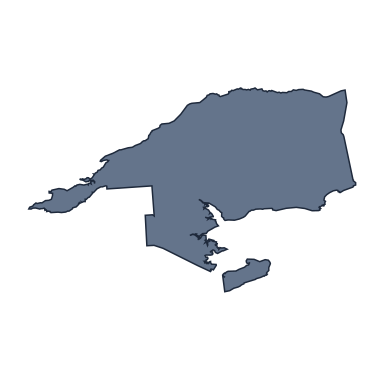 Kati, Zanzibar South and Central, United Republic of Tanzania, rotated 87°
{"feature_id": "72390352B68738670078554", "entity_name": "Kati", "entity_type": "district", "adm_level": 2, "iso_a3": "TZA", "parent_name": "United Republic of Tanzania", "parent_adm1": "Zanzibar South and Central", "projection": "robinson", "projection_center": [39.392, -6.207], "detail": "fine", "context": "isolated", "style": "filled", "palette": "slate", "viewbox_px": 384, "rotation_deg": 87, "n_neighbors": 0, "source": "geoboundaries", "source_scale": "gbopen_adm2", "svg_char_len": 6044}
<svg xmlns="http://www.w3.org/2000/svg" viewBox="0 0 384 384"><g transform="rotate(87 192 192)"><path d="M98.2,33.8L98.8,37.8L103.8,50.7L104.2,53.1L103.8,56.0L100.6,59.5L98.7,65.2L97.5,67.5L96.0,74.3L95.3,75.6L95.3,80.1L96.0,82.6L95.3,85.5L96.8,87.5L96.7,90.2L97.8,92.1L97.3,96.5L97.8,98.1L96.9,99.7L97.2,101.5L94.8,107.1L95.5,107.9L94.9,109.0L95.0,110.3L96.0,111.7L94.9,112.8L95.1,114.3L94.5,116.0L92.7,116.8L93.4,121.3L91.4,123.6L92.0,125.2L92.3,127.8L93.3,128.5L92.5,130.3L92.9,132.2L92.4,133.5L92.3,135.8L91.7,136.5L91.6,137.5L91.0,137.3L90.7,138.1L91.8,140.5L91.4,141.4L92.9,145.6L92.5,147.0L93.8,148.3L93.5,148.8L94.2,149.6L94.0,150.0L95.2,150.0L96.1,150.8L98.2,158.8L97.7,159.7L96.6,160.0L96.2,161.4L95.3,162.1L95.5,163.6L94.7,165.8L94.9,168.8L95.9,170.0L96.3,171.8L98.1,172.7L103.1,179.5L103.4,187.5L103.9,189.6L105.2,192.1L113.8,199.2L120.1,206.1L122.2,211.3L122.5,218.6L123.8,220.4L125.6,220.8L126.5,222.2L128.7,228.7L129.5,228.8L130.1,229.8L132.6,231.3L133.2,232.2L136.4,232.9L138.4,236.2L138.3,237.3L139.0,238.8L140.9,240.9L142.6,246.2L144.2,249.2L144.5,253.4L146.2,260.8L146.1,262.2L149.1,268.7L151.7,276.7L155.5,281.6L156.5,282.0L156.9,280.9L155.9,278.9L155.4,275.3L156.1,274.6L156.2,273.6L157.3,274.4L158.4,276.5L162.6,279.3L163.4,281.0L165.1,282.5L165.5,284.7L167.2,285.6L168.1,287.6L169.1,288.3L168.9,289.2L169.6,288.7L172.7,291.0L173.9,293.3L172.4,294.5L172.2,296.0L173.2,297.1L173.7,298.9L173.1,300.9L173.7,302.0L173.2,302.8L173.4,303.1L173.9,302.8L174.5,300.2L176.3,297.5L175.9,294.7L175.2,294.0L175.1,289.9L176.7,288.6L178.5,288.9L177.0,289.0L175.6,290.0L176.7,292.8L178.6,292.3L177.9,293.3L178.1,294.8L179.5,295.3L178.7,296.0L179.4,299.6L178.5,303.6L179.0,306.6L180.2,307.8L179.7,308.5L181.1,310.5L184.2,316.7L182.6,319.4L181.6,324.7L182.8,331.8L184.2,332.7L183.9,334.7L185.5,334.7L186.0,331.3L188.4,331.5L191.9,332.8L192.8,335.3L192.9,338.8L195.0,342.4L194.8,343.9L195.4,347.3L194.8,348.4L196.5,350.8L197.7,351.7L198.7,354.9L200.4,355.9L200.6,353.5L199.8,351.8L199.8,349.0L201.1,344.8L200.7,344.1L200.8,342.4L200.4,340.5L201.4,339.5L201.7,340.0L202.6,339.8L202.2,338.6L203.1,337.9L203.9,338.1L203.6,335.9L204.3,335.1L204.1,334.7L205.2,334.0L205.1,326.8L205.7,323.5L205.4,319.1L204.5,317.0L204.7,315.9L202.6,312.4L201.5,311.8L200.8,308.4L198.3,305.7L197.7,305.3L197.5,305.7L196.7,305.1L197.4,304.6L196.7,302.9L196.2,303.0L196.6,302.5L195.9,300.6L196.0,299.2L193.6,299.0L193.9,298.0L192.0,295.9L191.8,294.8L187.9,291.2L187.1,291.5L187.2,290.2L183.8,286.6L182.1,282.9L182.2,281.2L181.3,278.0L181.7,276.8L184.5,276.8L183.8,231.7L214.0,231.0L212.7,232.6L212.8,239.9L243.3,239.9L243.3,232.7L246.7,223.9L265.7,190.3L272.4,177.7L271.5,177.0L271.0,177.7L270.1,177.3L270.1,176.1L270.9,174.7L266.5,171.6L265.6,171.7L265.1,176.3L263.8,176.9L263.6,177.7L263.4,177.2L262.3,177.1L262.4,177.9L263.2,178.8L264.9,179.9L264.2,179.6L264.3,181.6L263.7,179.7L262.9,180.0L263.6,182.8L262.7,183.1L262.5,181.7L261.8,182.9L261.7,181.5L260.2,181.3L260.3,180.2L259.0,179.5L257.9,180.0L257.9,181.5L256.1,182.3L255.7,181.1L256.0,176.7L255.7,175.1L255.3,174.6L254.5,174.4L254.1,175.1L253.0,174.5L252.4,175.8L253.2,177.1L252.1,176.1L250.9,174.0L251.7,172.5L253.6,171.8L254.7,169.7L252.3,164.6L252.5,164.1L251.0,159.9L249.4,162.7L249.5,165.3L249.1,166.4L250.6,168.2L249.3,168.1L248.6,167.4L249.4,169.1L248.6,169.8L247.3,169.8L246.7,170.2L246.6,171.3L245.9,171.4L245.8,170.5L244.9,170.9L245.7,170.0L245.3,169.6L244.9,169.5L244.6,170.5L243.1,170.2L242.4,173.7L241.9,174.4L241.4,173.2L240.4,176.1L241.6,177.0L242.7,176.7L241.7,177.3L240.6,177.0L239.9,177.5L241.4,179.0L242.6,178.6L244.3,179.2L245.7,179.0L246.3,179.3L242.7,180.2L243.4,181.6L241.4,180.3L240.8,181.4L240.1,180.3L236.1,180.4L235.6,182.9L236.0,184.2L238.5,185.9L240.0,188.3L238.4,187.1L238.0,186.1L237.3,186.5L237.5,187.5L238.1,188.0L237.4,187.9L237.3,188.8L235.2,191.1L234.3,193.4L235.0,195.3L235.2,196.4L234.1,193.6L234.5,191.0L234.0,190.6L234.1,190.0L234.6,190.6L236.6,187.4L236.5,186.9L234.1,183.6L234.0,179.8L232.0,178.3L228.3,171.0L227.2,167.4L224.8,169.2L222.5,169.7L222.2,170.2L221.0,169.9L220.3,173.3L219.8,173.5L220.0,174.2L219.6,174.0L218.9,175.0L220.0,177.2L219.4,176.8L217.9,180.2L218.8,177.2L217.9,175.0L217.8,172.1L217.4,172.0L214.6,173.5L213.6,174.6L214.2,175.4L213.4,175.1L210.9,176.4L208.8,179.9L209.5,181.0L208.7,180.8L207.9,181.3L207.5,178.1L206.6,178.0L207.5,177.1L207.2,176.4L206.8,176.5L207.2,175.7L205.8,176.9L205.6,177.8L205.1,177.8L204.7,176.9L204.4,177.4L204.9,178.9L204.2,178.3L204.1,179.1L204.8,179.8L204.1,179.7L203.4,181.7L201.6,183.1L199.8,185.6L200.7,183.6L203.2,181.1L203.9,175.7L208.1,169.4L210.8,167.6L211.6,166.0L213.6,164.4L214.1,163.4L217.8,163.7L219.2,162.6L219.5,161.8L220.9,161.6L222.1,160.5L221.8,157.3L222.4,151.0L221.4,146.0L219.9,141.9L218.8,140.1L214.3,135.9L214.3,135.2L213.3,133.7L213.3,131.5L212.5,129.2L212.5,124.4L212.9,122.3L212.5,120.8L212.5,113.4L212.8,112.5L214.1,112.4L215.0,109.0L213.2,98.7L212.8,88.6L214.4,80.1L217.0,73.0L217.2,66.4L216.7,65.2L215.9,65.5L215.3,64.4L214.1,65.9L213.3,65.5L213.6,64.6L212.1,62.8L212.6,62.5L212.8,61.1L212.4,60.9L212.2,61.4L211.6,61.4L211.2,59.8L209.7,60.0L208.3,59.2L207.4,60.5L206.8,60.6L203.8,59.8L201.7,57.6L199.8,54.5L198.2,50.8L197.7,47.5L198.1,46.2L199.2,46.1L199.3,44.8L200.1,44.9L200.3,44.0L198.4,40.5L195.6,31.3L195.1,30.6L194.3,30.5L193.6,28.2L191.2,28.1L189.3,30.3L188.5,30.2L188.1,30.6L144.8,37.4L142.7,38.0L140.7,39.8L137.8,40.0L128.9,36.8L110.9,32.6L98.2,33.8ZM293.3,164.5L292.5,159.5L290.3,155.3L289.3,150.9L288.4,148.8L287.3,147.4L286.4,145.0L285.5,144.7L282.5,133.0L281.9,132.4L280.9,128.0L279.6,124.7L279.8,124.2L278.9,123.0L278.9,121.9L278.0,121.1L277.5,121.8L276.5,121.7L274.4,119.4L271.6,119.3L267.7,117.5L266.3,117.8L264.1,119.3L263.4,122.5L265.1,128.0L262.5,133.5L261.9,140.3L263.7,141.5L265.4,141.2L266.0,140.7L266.4,139.3L265.3,138.0L267.8,139.3L268.2,141.4L269.9,143.5L271.7,149.1L273.2,152.2L273.1,160.2L273.8,161.9L275.1,163.2L274.6,163.5L275.1,164.4L276.0,165.4L277.4,165.4L278.9,163.4L277.5,165.7L293.3,164.5Z" fill="#64748b" stroke="#1e293b" stroke-width="1.5"/></g></svg>